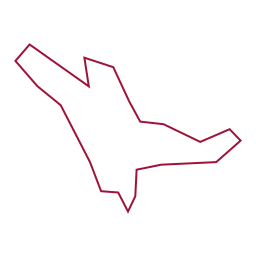 map outline of Malabon (Mercator projection)
{"feature_id": "PHL-5546", "entity_name": "Malabon", "entity_type": "Highly Urbanized City", "adm_level": 1, "iso_a3": "PHL", "parent_name": "Philippines", "parent_adm1": "", "projection": "mercator", "projection_center": [120.966, 14.665], "detail": "fine", "context": "isolated", "style": "outline", "palette": "rose", "viewbox_px": 256, "rotation_deg": 0, "n_neighbors": 0, "source": "natural_earth", "source_scale": "10m", "svg_char_len": 376}
<svg xmlns="http://www.w3.org/2000/svg" viewBox="0 0 256 256"><path d="M29.6,44.5L88.8,86.4L84.4,57.7L113.3,67.2L129.2,101.4L140.2,121.6L163.5,124.2L200.2,141.9L229.6,129.2L240.6,140.6L216.2,162.1L161.1,164.7L136.6,169.7L135.3,196.3L128.0,211.5L118.2,192.5L101.1,191.2L90.0,162.1L60.7,105.2L37.4,86.2L15.4,60.9L29.6,44.5Z" fill="none" stroke="#9f1239" stroke-width="2"/></svg>